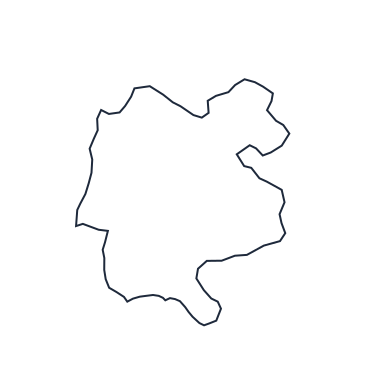 outline of Agios Ilias, Cyprus, rotated 145°
{"feature_id": "46923920B56788308456175", "entity_name": "Agios Ilias", "entity_type": "district", "adm_level": 2, "iso_a3": "CYP", "parent_name": "Cyprus", "parent_adm1": "", "projection": "natural_earth1", "projection_center": [33.937, 35.327], "detail": "fine", "context": "isolated", "style": "outline", "palette": "slate", "viewbox_px": 384, "rotation_deg": 145, "n_neighbors": 0, "source": "geoboundaries", "source_scale": "gbopen_adm2", "svg_char_len": 1274}
<svg xmlns="http://www.w3.org/2000/svg" viewBox="0 0 384 384"><g transform="rotate(145 192 192)"><path d="M307.9,139.3L301.5,138.5L294.8,136.2L290.0,133.7L283.0,130.0L278.8,126.0L276.5,122.0L276.0,118.6L270.9,117.7L267.3,114.0L264.5,109.5L263.6,101.5L263.6,95.8L263.1,89.5L261.1,80.4L258.6,75.9L253.5,74.5L245.9,72.7L235.2,79.8L233.8,87.4L237.3,93.7L238.6,104.8L238.0,118.7L231.1,125.7L219.4,127.1L207.1,118.7L193.4,115.2L183.1,109.0L163.9,106.9L148.1,101.3L139.2,104.8L136.5,115.2L133.0,123.6L122.1,130.5L117.3,142.3L124.8,157.6L128.9,164.6L129.6,177.8L134.4,183.3L133.7,197.2L117.9,197.2L114.5,191.0L113.1,181.3L104.9,179.2L91.9,178.5L78.8,184.0L78.8,194.5L82.3,202.1L83.6,216.0L74.7,220.9L69.2,226.4L73.4,237.6L77.5,245.9L84.3,254.2L95.3,254.9L104.9,252.9L117.2,257.0L126.8,257.7L133.0,247.3L141.3,247.3L146.7,254.2L152.2,268.8L156.3,276.5L159.8,288.3L165.9,302.9L179.7,309.9L187.2,305.0L197.5,300.8L205.7,298.7L215.3,303.6L219.4,311.3L227.7,306.4L233.8,296.7L242.1,291.8L251.0,286.2L255.1,275.8L263.3,265.4L271.6,258.4L280.5,251.5L290.1,246.6L296.3,243.1L306.5,230.6L299.7,228.5L290.1,214.6L283.2,208.4L292.1,200.7L298.3,195.9L301.7,188.2L308.6,178.5L312.7,170.1L314.8,161.1L311.3,153.5L307.9,145.1L307.9,139.3Z" fill="none" stroke="#1e293b" stroke-width="2"/></g></svg>